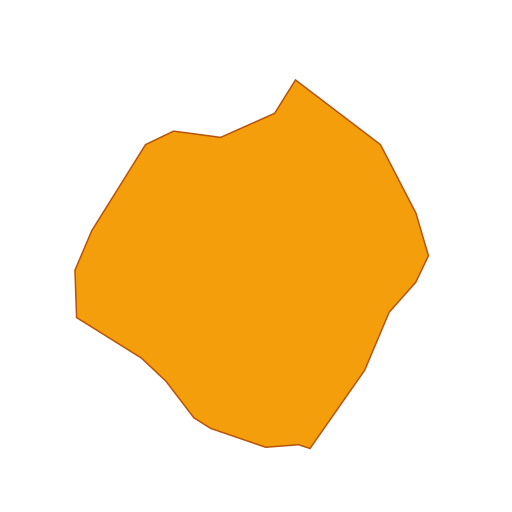 Jungnang-gu, Seoul, South Korea (Natural Earth projection), rotated 212°
{"feature_id": "91817680B66829558888986", "entity_name": "Jungnang-gu", "entity_type": "district", "adm_level": 2, "iso_a3": "KOR", "parent_name": "South Korea", "parent_adm1": "Seoul", "projection": "natural_earth1", "projection_center": [127.092, 37.588], "detail": "fine", "context": "isolated", "style": "filled", "palette": "amber", "viewbox_px": 512, "rotation_deg": 212, "n_neighbors": 0, "source": "geoboundaries", "source_scale": "gbopen_adm2", "svg_char_len": 468}
<svg xmlns="http://www.w3.org/2000/svg" viewBox="0 0 512 512"><g transform="rotate(212 256 256)"><path d="M375.5,108.7L299.1,108.7L266.0,102.1L222.8,85.8L202.9,85.8L146.5,98.9L119.9,118.5L108.2,121.4L104.8,187.8L103.3,216.7L113.3,278.9L106.6,318.2L109.9,347.6L143.1,377.1L175.4,396.2L176.3,396.8L209.5,416.4L315.8,426.2L315.8,386.9L348.9,337.8L392.1,318.2L408.7,292.0L408.7,190.5L402.0,148.0L375.5,108.7Z" fill="#f59e0b" stroke="#b45309" stroke-width="1.5"/></g></svg>